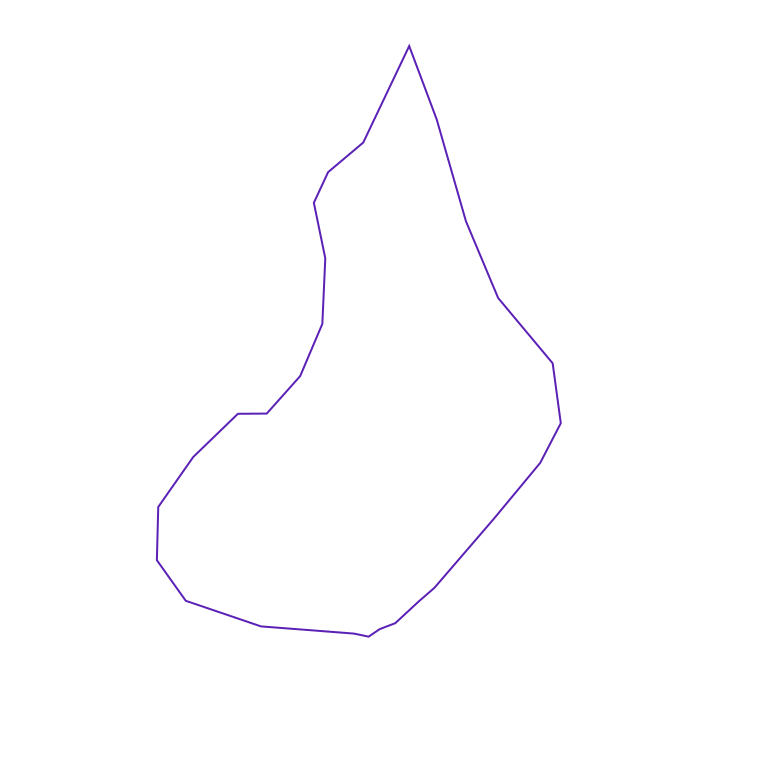 the Autonomous Province of Itasy, rotated 125°
{"feature_id": "MDG-5875", "entity_name": "Itasy", "entity_type": "Autonomous Province", "adm_level": 1, "iso_a3": "MDG", "parent_name": "Madagascar", "parent_adm1": "", "projection": "mercator", "projection_center": [46.916, -19.074], "detail": "fine", "context": "isolated", "style": "outline", "palette": "violet", "viewbox_px": 768, "rotation_deg": 125, "n_neighbors": 0, "source": "natural_earth", "source_scale": "10m", "svg_char_len": 501}
<svg xmlns="http://www.w3.org/2000/svg" viewBox="0 0 768 768"><g transform="rotate(125 384 384)"><path d="M522.0,225.8L542.5,230.9L573.5,237.6L587.2,246.9L599.8,251.7L605.6,265.3L653.1,345.7L675.3,422.0L658.6,469.0L614.2,498.4L553.2,498.4L492.2,486.6L475.5,463.1L425.6,457.2L370.1,469.0L314.7,504.2L275.8,545.4L242.5,551.3L198.1,539.5L92.7,557.2L137.1,492.5L203.7,410.2L248.1,339.8L270.3,257.7L314.7,216.7L359.0,210.8L431.2,216.7L522.0,225.8Z" fill="none" stroke="#5b21b6" stroke-width="2"/></g></svg>